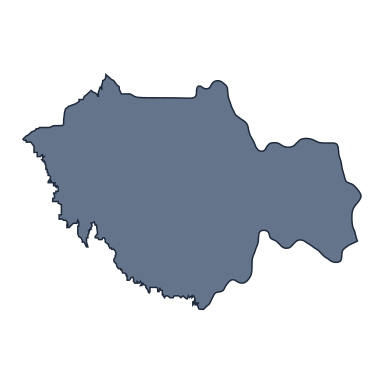 the district of Restauración, Dajabón, Dominican Republic
{"feature_id": "3306468B11586418732368", "entity_name": "Restauración", "entity_type": "district", "adm_level": 2, "iso_a3": "DOM", "parent_name": "Dominican Republic", "parent_adm1": "Dajabón", "projection": "equal_earth", "projection_center": [-71.654, 19.301], "detail": "fine", "context": "isolated", "style": "filled", "palette": "slate", "viewbox_px": 384, "rotation_deg": 0, "n_neighbors": 0, "source": "geoboundaries", "source_scale": "gbopen_adm2", "svg_char_len": 5909}
<svg xmlns="http://www.w3.org/2000/svg" viewBox="0 0 384 384"><path d="M315.1,140.7L312.1,139.4L309.5,138.7L305.9,138.4L304.0,138.6L302.2,138.9L300.5,139.6L299.1,140.6L295.1,144.6L293.8,145.8L292.2,146.6L289.5,147.2L286.8,147.2L284.1,146.6L282.6,145.8L279.2,143.7L277.5,143.0L274.8,142.7L272.1,142.8L270.3,143.3L269.5,143.7L268.3,144.8L266.8,146.7L265.3,149.4L264.2,150.5L262.8,151.1L261.3,151.2L259.8,150.9L259.0,150.6L257.8,149.6L256.2,147.5L255.4,145.8L254.0,142.2L250.1,135.1L249.1,132.2L247.9,126.4L247.6,125.4L246.8,123.8L245.7,122.4L244.5,121.3L241.1,119.1L236.1,115.3L235.5,114.8L234.7,113.3L231.6,106.9L230.4,103.1L228.8,98.8L228.1,95.7L227.5,89.1L227.1,87.2L226.6,86.3L225.6,85.0L222.6,82.5L221.3,81.6L219.8,81.0L218.2,80.7L216.5,80.8L214.9,81.2L214.2,81.6L212.9,82.6L211.9,83.8L210.3,86.6L209.4,87.8L208.8,88.2L207.4,88.7L205.9,88.8L204.5,88.5L203.1,87.9L201.4,86.7L200.2,86.1L198.9,86.1L198.3,86.3L197.7,86.8L197.2,87.5L196.9,88.3L196.6,90.0L196.4,93.8L195.9,95.6L195.5,96.4L194.8,97.1L193.3,97.8L190.8,98.2L174.6,97.9L143.0,97.7L138.3,97.4L136.5,97.1L134.7,96.5L130.6,94.2L129.3,93.8L129.2,93.9L121.4,94.0L121.0,93.0L120.5,92.1L119.2,89.1L119.2,86.7L116.9,84.9L113.7,80.6L111.4,79.4L105.9,74.6L105.9,76.4L105.0,79.4L102.7,80.7L102.7,81.9L101.8,84.9L101.8,89.0L101.7,88.9L100.2,87.0L100.0,87.5L98.1,93.3L98.5,96.2L97.8,96.3L96.7,94.1L94.5,92.5L93.3,92.4L91.2,90.4L85.7,95.5L84.4,96.2L83.6,98.3L82.9,99.6L79.0,99.5L79.1,101.4L76.0,103.6L68.5,106.4L65.4,109.1L64.5,112.9L63.6,120.2L63.6,124.4L62.2,125.6L53.6,125.7L49.5,127.5L39.4,127.5L38.5,128.7L36.3,128.7L34.9,130.6L31.7,131.8L28.5,134.8L26.2,136.0L23.0,139.1L24.0,140.3L26.2,140.3L26.2,142.1L30.8,142.1L34.0,146.3L34.0,152.4L37.2,152.4L37.2,156.6L40.4,156.6L41.7,154.8L42.7,154.8L42.7,156.6L44.0,156.6L42.7,157.8L42.7,159.7L41.8,159.7L42.7,160.9L44.0,160.9L44.0,162.1L45.0,162.1L45.0,163.9L45.9,165.1L45.9,169.4L47.2,169.4L47.2,172.4L48.1,172.4L48.1,175.4L49.5,175.4L50.4,176.6L50.4,178.5L49.5,179.7L48.2,181.5L48.2,182.7L50.4,182.7L50.4,179.7L51.3,181.5L51.3,182.7L55.0,182.7L55.0,183.9L53.6,183.9L53.6,185.7L55.0,185.7L55.9,186.9L55.9,185.7L56.8,185.7L56.8,186.9L58.2,186.9L58.2,191.2L55.9,191.2L55.9,193.0L53.6,193.0L53.6,193.6L53.9,194.1L54.2,194.9L54.5,195.9L54.4,198.0L52.7,198.5L52.7,201.5L58.2,201.5L58.2,201.8L58.2,203.3L59.1,203.3L60.5,204.5L61.4,204.5L61.4,214.8L59.1,214.8L59.1,219.1L62.3,219.1L63.7,220.3L66.0,220.3L67.8,223.3L67.8,226.3L66.9,225.1L66.9,227.6L69.2,227.5L71.5,225.1L73.3,223.3L75.1,223.3L76.9,223.3L77.8,220.2L78.7,222.1L78.7,226.3L77.8,226.3L77.8,229.6L77.8,233.6L78.8,236.6L81.0,237.8L82.4,240.9L82.4,242.1L84.2,242.1L85.6,245.1L86.5,246.9L87.9,246.9L86.5,242.1L86.5,240.8L86.5,237.8L87.9,237.8L87.9,234.8L88.8,233.6L88.8,232.4L89.7,230.5L88.8,230.5L89.7,229.3L91.1,229.3L91.1,227.5L92.0,226.3L92.0,225.1L91.1,223.2L92.0,223.2L94.2,222.0L95.2,225.1L96.5,225.1L97.0,229.0L97.4,232.3L97.5,233.5L95.2,236.6L95.2,237.8L97.5,237.8L98.8,239.6L102.0,239.6L102.9,237.8L104.3,237.8L105.2,239.6L105.2,242.0L107.5,243.8L108.4,243.8L108.4,245.0L109.8,248.1L111.6,248.1L111.6,249.3L113.9,249.3L115.2,251.1L116.2,254.1L115.3,255.3L115.3,256.6L113.9,259.6L113.9,261.4L116.2,263.8L117.1,266.9L118.5,268.7L120.8,268.7L120.7,269.4L120.7,269.9L121.7,269.9L122.0,271.0L122.6,272.9L123.9,272.9L126.2,274.1L126.2,275.8L126.3,275.9L127.1,275.9L127.1,280.2L129.4,280.2L131.7,277.1L132.6,277.1L133.5,278.4L133.5,281.4L134.9,283.2L137.2,283.2L137.2,281.4L139.0,283.2L140.4,281.4L141.3,283.2L143.6,283.2L141.3,284.4L140.4,285.6L141.3,285.6L143.6,284.4L145.8,285.6L145.8,287.4L148.1,290.5L148.1,291.7L149.1,292.9L150.0,291.7L150.0,287.4L156.8,287.4L157.7,288.6L157.7,291.6L159.1,291.6L159.1,290.4L160.0,288.6L160.9,290.4L162.3,290.4L162.3,294.7L163.2,294.7L163.2,295.9L164.6,297.7L165.5,295.9L167.7,295.9L170.0,297.7L173.2,297.7L174.1,295.9L178.7,295.8L181.0,297.7L182.8,295.8L186.4,298.8L187.4,298.8L188.3,295.8L189.6,297.6L191.9,295.8L191.9,297.6L193.7,295.8L195.1,298.9L193.7,301.9L192.8,301.9L192.8,303.9L192.8,304.9L195.1,301.9L195.1,304.9L196.0,304.9L196.0,303.1L198.3,303.1L197.4,304.9L198.3,307.3L198.8,308.9L200.1,309.2L203.5,309.4L205.9,307.0L208.3,304.9L209.4,303.8L210.3,302.3L211.3,300.0L214.0,294.7L214.9,293.4L215.5,292.9L216.9,292.3L220.5,291.7L221.9,291.2L223.2,290.4L224.1,289.1L225.7,286.0L227.4,283.6L229.2,281.5L230.6,280.4L232.1,279.8L233.7,279.8L235.1,280.3L237.7,281.9L239.1,282.6L240.7,283.0L242.3,283.1L243.9,282.9L245.5,282.1L247.0,281.0L248.9,278.8L250.5,276.2L251.2,274.2L251.5,273.2L251.9,269.8L252.1,260.6L252.4,258.4L252.7,257.4L253.3,255.6L254.7,252.2L255.9,248.5L257.3,245.1L257.9,243.3L258.3,241.3L258.7,235.3L259.0,233.5L259.3,232.7L259.8,231.9L260.4,231.3L261.1,230.8L262.5,230.4L264.8,230.4L266.3,230.7L267.6,231.5L268.1,232.0L268.6,232.7L270.0,237.2L270.4,237.9L270.9,238.4L272.1,239.2L274.9,240.4L276.4,241.2L277.7,242.4L281.7,246.5L283.2,247.5L284.8,248.1L285.6,248.2L287.3,248.2L288.9,247.9L289.6,247.5L290.4,247.0L291.8,245.8L295.6,241.8L297.1,240.7L297.8,240.4L299.4,240.0L301.1,240.0L302.7,240.3L303.5,240.6L304.9,241.4L307.5,243.2L310.4,244.9L314.3,247.8L317.2,249.6L318.7,250.7L322.6,254.9L324.7,256.8L327.6,258.6L330.2,260.5L331.6,261.4L333.2,262.0L334.8,262.3L337.2,262.3L338.7,262.0L340.1,261.3L340.7,260.7L341.1,259.9L341.6,258.2L341.9,253.6L342.2,251.9L342.8,250.2L343.8,249.0L347.5,246.1L348.8,245.2L357.4,241.1L356.2,237.6L354.8,231.8L353.0,227.5L352.5,225.6L352.2,223.5L351.9,220.3L351.9,217.1L352.0,213.8L352.5,210.7L353.2,208.8L354.7,206.2L358.8,201.1L360.2,198.9L360.9,197.2L361.0,196.2L360.9,195.3L360.3,193.5L358.9,191.2L356.5,188.2L354.5,186.1L353.2,184.9L351.7,184.0L347.4,182.4L346.2,181.4L345.8,180.7L345.1,179.1L343.4,173.0L342.1,168.3L341.3,163.2L340.9,161.2L339.4,156.8L338.9,154.8L338.2,147.4L337.6,145.5L337.1,144.7L336.5,144.0L335.7,143.6L335.0,143.3L333.3,143.0L323.2,143.0L319.5,142.6L317.8,142.1L315.1,140.7Z" fill="#64748b" stroke="#1e293b" stroke-width="1.5"/></svg>